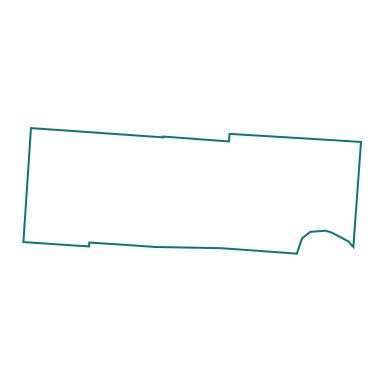 the district of Clearwater, Minnesota, United States of America, rotated 94°
{"feature_id": "52423323B62368100165571", "entity_name": "Clearwater", "entity_type": "district", "adm_level": 2, "iso_a3": "USA", "parent_name": "United States of America", "parent_adm1": "Minnesota", "projection": "natural_earth1", "projection_center": [-95.349, 47.586], "detail": "fine", "context": "isolated", "style": "outline", "palette": "teal", "viewbox_px": 384, "rotation_deg": 94, "n_neighbors": 0, "source": "geoboundaries", "source_scale": "gbopen_adm2", "svg_char_len": 408}
<svg xmlns="http://www.w3.org/2000/svg" viewBox="0 0 384 384"><g transform="rotate(94 192 192)"><path d="M139.5,357.1L253.7,356.7L253.5,290.9L249.6,290.9L249.4,257.7L249.4,224.7L246.0,158.7L246.2,83.1L230.5,79.0L223.5,71.2L221.3,56.1L222.7,49.8L230.3,32.7L235.6,27.2L130.3,26.9L130.5,59.8L131.4,158.6L139.0,158.6L138.7,224.6L139.5,224.5L139.5,357.1Z" fill="none" stroke="#0f766e" stroke-width="2"/></g></svg>